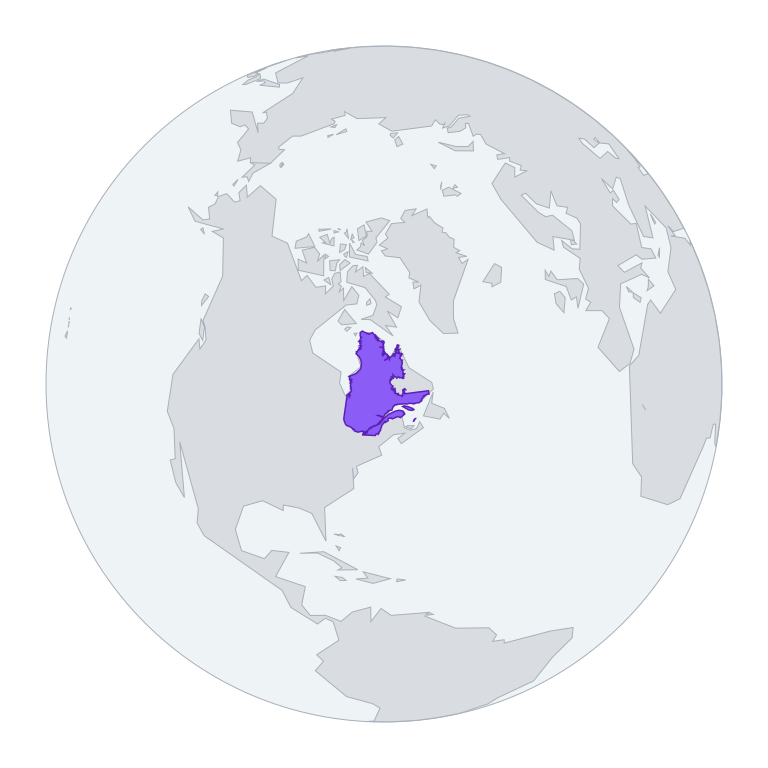 globe centered on Québec
{"feature_id": "CAN-683", "entity_name": "Québec", "entity_type": "Province", "adm_level": 1, "iso_a3": "CAN", "parent_name": "Canada", "parent_adm1": "", "projection": "orthographic", "projection_center": [-69.443, 53.796], "detail": "fine", "context": "on_globe", "style": "filled", "palette": "violet", "viewbox_px": 768, "rotation_deg": 0, "n_neighbors": 0, "source": "natural_earth", "source_scale": "10m", "svg_char_len": 16164}
<svg xmlns="http://www.w3.org/2000/svg" viewBox="0 0 768 768"><circle cx="384" cy="384" r="338" fill="#eef3f6" stroke="#a8b0b8"/><path d="M366.6,721.5L374.1,721.0L380.0,708.1L372.6,703.7L346.6,696.6L315.3,670.7L323.5,661.2L316.7,654.8L338.9,640.2L333.2,621.8L325.4,618.2L317.5,624.0L291.0,607.5L282.1,590.4L204.3,535.8L197.1,523.1L198.3,508.6L179.7,441.7L184.4,497.5L175.7,482.4L170.2,460.0L175.2,458.7L174.0,428.5L167.3,411.3L173.0,374.3L198.9,338.9L199.9,349.1L206.0,340.0L205.1,326.9L203.0,320.5L222.7,276.2L223.4,238.0L212.3,231.4L223.6,229.0L195.0,221.2L188.2,206.9L202.9,219.9L209.7,219.0L208.5,207.3L215.2,203.8L218.5,196.5L226.7,193.7L234.7,202.2L240.1,200.7L238.9,192.6L246.4,185.2L247.3,197.2L260.4,185.7L276.1,199.2L272.0,236.1L287.5,243.2L301.4,280.7L307.1,275.5L315.9,287.3L325.6,285.9L325.4,293.9L333.4,286.0L331.7,279.1L334.6,273.4L340.2,272.1L341.0,281.8L338.3,283.9L341.4,286.1L339.3,291.7L343.5,288.2L343.7,300.6L351.8,286.7L358.9,295.2L356.8,303.9L346.2,305.0L315.1,330.0L309.7,340.2L312.7,353.0L341.1,372.1L339.6,383.1L345.5,396.4L351.3,389.2L348.8,376.3L361.0,366.7L356.4,352.7L360.7,347.0L360.4,332.5L372.0,332.8L383.6,341.3L384.5,353.6L389.6,357.9L398.2,345.0L408.9,367.7L431.8,382.5L433.3,388.9L419.3,402.6L395.5,404.8L377.3,425.0L400.9,410.4L404.3,427.7L409.8,430.2L416.4,428.7L419.7,421.7L423.4,427.6L401.4,443.6L397.8,438.5L404.8,433.2L393.6,434.7L378.8,446.7L381.7,455.2L356.4,466.3L358.1,472.7L353.6,479.0L352.5,467.9L353.9,488.5L324.6,507.5L326.0,541.2L311.8,513.4L299.0,508.0L283.3,505.0L283.2,510.6L262.7,500.7L243.5,506.1L235.3,529.4L241.5,550.6L264.4,558.7L271.8,550.4L288.9,552.4L275.6,576.6L305.3,586.7L301.7,604.8L310.3,615.5L325.4,615.3L341.0,621.4L352.4,612.0L370.7,607.1L370.9,621.6L381.1,608.5L391.2,615.4L427.7,612.5L424.9,616.1L455.6,628.2L488.8,627.8L496.6,634.9L492.6,641.4L504.1,639.7L504.3,643.1L550.0,631.1L573.1,627.5L572.2,637.7L552.4,657.3L533.6,680.9L497.8,697.7L488.1,703.8L459.2,713.4L437.6,717.5L440.8,717.1L416.2,720.4L391.4,721.8L366.6,721.5ZM65.0,336.2L67.6,330.8L66.5,338.1L65.0,336.2ZM68.9,325.0L68.1,327.4L68.7,324.9L68.9,325.0ZM69.2,321.5L69.0,324.0L68.9,321.6L69.2,321.5ZM69.3,317.3L69.4,319.4L69.2,319.3L69.3,317.3ZM323.8,551.7L357.8,569.7L338.1,570.0L341.9,567.7L333.4,560.7L317.3,553.0L300.0,553.3L323.8,551.7ZM70.4,309.5L70.8,307.4L71.2,308.9L70.4,309.5ZM340.0,535.9L334.0,534.1L339.9,534.6L340.0,535.9ZM201.0,318.4L204.4,327.1L202.7,340.5L199.1,333.6L201.0,318.4ZM205.2,293.9L208.6,296.5L201.5,305.5L201.7,301.1L205.2,293.9ZM202.9,227.9L204.4,234.1L200.6,229.4L202.9,227.9ZM217.5,196.0L215.0,195.4L217.8,191.9L217.5,196.0ZM354.0,333.4L357.1,333.0L355.5,335.9L354.0,333.4ZM350.9,327.6L346.8,331.3L344.7,329.1L347.3,326.9L350.9,327.6ZM232.8,184.5L238.1,179.3L234.1,186.0L232.8,184.5ZM356.3,323.6L341.6,324.8L338.0,321.0L344.7,309.5L356.3,323.6ZM242.1,177.2L254.8,165.1L250.2,162.6L270.4,163.3L252.9,173.1L248.7,181.5L247.2,176.8L242.1,177.2ZM328.7,277.5L330.8,284.8L323.9,280.0L328.7,277.5ZM323.6,275.8L298.3,270.2L298.1,259.1L306.6,263.0L302.2,250.1L314.5,247.4L319.7,253.9L317.4,261.5L323.9,254.8L323.6,275.8ZM279.6,166.0L283.8,164.5L280.9,167.7L279.6,166.0ZM335.3,270.8L330.2,270.5L329.6,260.8L339.7,259.7L336.7,263.2L335.3,270.8ZM295.0,248.3L296.3,241.2L306.7,236.9L308.6,233.7L314.8,246.5L295.0,248.3ZM339.6,264.7L344.9,259.5L350.2,263.0L340.2,270.5L339.6,264.7ZM325.2,258.8L325.4,254.2L328.6,256.4L325.2,258.8ZM372.2,273.2L366.1,272.6L365.3,267.5L372.2,273.2ZM346.5,257.4L344.6,256.2L343.6,254.2L348.1,251.7L346.5,257.4ZM321.7,242.8L325.7,242.7L319.7,237.3L327.2,234.3L329.9,243.5L331.9,238.2L334.2,237.3L333.9,245.9L321.7,242.8ZM349.6,243.2L355.6,254.4L367.1,256.5L368.1,261.0L349.5,257.0L349.6,243.2ZM340.4,244.0L346.3,244.5L344.6,249.7L339.5,252.6L340.4,244.0ZM331.3,229.0L319.1,231.3L318.9,229.2L331.3,229.0ZM353.2,242.7L351.7,240.1L354.2,242.3L353.2,242.7ZM338.4,231.9L334.1,233.0L334.0,230.6L338.4,231.9ZM352.2,234.1L354.1,237.6L350.8,239.6L352.2,234.1ZM346.2,232.3L347.1,228.8L348.4,238.2L344.3,233.1L346.2,232.3ZM339.1,229.6L337.6,228.5L340.9,229.5L339.1,229.6ZM364.0,224.9L366.4,236.3L358.9,240.5L357.5,228.8L364.0,224.9ZM307.6,54.8L308.1,54.9L319.0,52.8L317.6,53.6L336.1,50.0L334.9,51.1L349.9,48.3L345.0,48.5L329.1,50.7L337.8,49.2L362.6,46.8L387.5,46.1L412.4,47.3L437.1,50.3L461.6,55.1L485.6,61.7L509.1,70.1L531.9,80.1L553.8,91.9L574.9,105.2L594.9,120.0L613.8,136.2L627.6,150.0L627.5,150.5L634.3,158.0L640.2,166.7L638.2,167.4L643.8,175.5L647.9,173.6L641.3,165.2L629.5,152.4L632.4,154.9L630.9,153.3L646.5,171.2L660.7,190.1L673.6,209.9L685.1,230.6L683.8,228.2L673.3,231.6L669.3,227.0L668.9,226.8L668.3,226.6L675.2,235.5L670.8,236.0L684.7,238.2L690.4,245.1L689.8,240.2L700.1,264.6L708.5,289.7L714.9,315.3L719.2,341.4L721.5,367.8L721.8,394.2L719.9,420.6L716.0,446.8L714.8,443.4L715.5,424.1L713.3,424.2L710.0,438.0L706.5,438.0L703.7,445.4L680.0,498.7L667.7,504.7L640.9,496.3L641.5,476.9L632.7,463.7L629.4,366.0L638.8,355.2L647.7,304.4L650.6,300.0L660.4,313.2L675.8,289.4L667.9,271.8L671.0,247.6L666.1,227.8L645.1,206.0L653.0,237.9L643.6,236.5L628.7,205.0L620.2,178.5L616.2,177.2L612.6,189.0L601.4,178.5L610.2,192.9L613.5,190.3L619.1,199.5L616.5,202.5L612.6,198.5L612.6,205.9L630.9,224.1L636.2,223.4L641.7,247.5L651.0,248.9L655.8,258.1L641.9,259.2L636.2,254.8L617.9,265.6L624.4,272.3L642.1,262.8L640.6,267.9L649.5,277.9L641.6,274.3L620.6,283.9L619.5,307.4L634.0,349.2L630.0,363.4L619.4,371.5L598.0,347.3L609.4,318.6L602.0,310.6L585.9,310.6L590.8,302.2L585.6,299.0L588.6,288.4L579.2,269.1L580.2,258.4L563.5,247.2L561.7,240.5L572.1,248.8L579.8,249.3L580.6,224.1L576.9,218.2L566.0,213.2L567.6,207.3L556.9,205.8L550.9,190.8L549.3,208.1L536.4,203.8L525.7,193.3L521.2,195.2L538.6,212.5L545.8,216.7L552.5,215.2L571.8,230.7L574.4,240.3L552.9,236.6L554.2,250.2L537.0,242.2L500.6,198.9L492.0,183.4L505.3,163.0L514.8,167.7L514.8,177.1L526.8,170.8L520.1,170.1L521.4,165.6L509.5,161.0L509.8,157.6L497.7,159.4L496.8,154.8L504.5,153.7L486.0,144.0L480.7,134.5L476.3,134.1L473.2,136.3L468.4,123.3L465.4,123.5L465.8,127.8L460.1,131.3L448.2,132.7L447.2,128.1L451.4,127.0L458.6,118.2L469.9,116.4L468.3,114.8L458.3,115.2L449.4,125.9L442.5,128.1L445.4,122.2L443.8,124.5L440.0,124.2L435.4,119.8L431.6,126.0L391.8,131.2L378.8,123.9L385.9,117.6L357.0,118.6L344.6,111.6L345.1,115.4L331.5,119.2L335.1,121.4L334.3,123.6L301.1,136.1L292.6,136.1L278.7,147.0L278.9,149.2L284.5,149.8L270.4,163.3L250.2,162.6L250.8,157.7L237.7,161.2L240.9,149.8L237.5,142.5L248.6,129.0L244.9,124.9L240.2,126.8L231.6,123.2L230.5,110.2L252.2,112.0L258.1,132.8L257.5,123.2L263.8,123.1L267.4,118.4L266.5,112.2L262.6,112.9L292.8,93.4L302.9,77.8L287.1,83.1L278.0,82.8L275.6,72.9L308.1,55.9L296.3,57.9L296.1,57.7L299.5,56.8L307.6,54.8ZM642.3,404.4L645.2,409.2L645.2,409.3L642.3,404.4ZM619.0,158.7L608.8,143.9L599.8,143.0L595.1,137.5L593.8,139.5L599.2,143.1L594.0,147.7L584.6,139.1L578.9,138.2L582.1,143.2L600.0,158.4L607.7,151.5L615.8,158.2L619.0,158.7ZM428.8,612.2L433.2,614.4L427.4,615.2L428.8,612.2ZM335.1,576.4L342.4,577.5L346.2,580.4L340.5,580.7L335.1,576.4ZM397.1,578.9L405.6,580.0L396.7,581.7L397.1,578.9ZM363.2,571.8L390.3,578.7L373.0,583.4L356.0,579.0L367.8,578.1L363.2,571.8ZM336.1,545.9L340.6,547.7L339.1,550.8L336.1,545.9ZM344.3,536.4L342.5,536.5L340.3,533.6L344.3,536.4ZM405.5,426.7L407.4,425.7L414.1,425.7L410.9,428.8L405.5,426.7ZM444.4,408.4L449.4,418.4L443.6,413.2L440.0,419.1L423.4,415.9L433.2,392.0L431.7,403.2L444.4,408.4ZM404.0,405.9L413.4,410.1L402.7,406.5L404.0,405.9ZM554.4,293.7L559.8,291.3L565.2,297.5L563.9,312.7L556.1,303.7L554.4,293.7ZM566.2,286.5L545.3,279.5L545.2,270.3L548.8,276.5L550.9,271.1L557.2,279.8L577.6,278.5L583.7,284.1L578.0,308.2L576.5,297.0L571.3,299.9L566.2,286.5ZM491.9,283.3L482.9,281.7L494.5,263.6L501.6,267.3L500.8,282.3L491.9,286.8L491.9,283.3ZM371.0,303.7L366.7,305.3L366.5,302.5L370.0,298.8L371.0,303.7ZM369.4,273.4L389.2,294.2L385.4,297.0L401.5,306.7L397.8,317.8L387.4,311.0L396.6,327.2L385.7,325.6L393.1,336.0L370.4,319.7L361.0,319.3L372.9,315.4L376.7,305.0L375.5,300.5L365.0,287.5L346.7,282.3L347.5,271.7L352.9,265.7L357.4,265.3L355.5,272.1L362.9,266.8L363.6,276.5L369.4,273.4ZM416.1,208.8L411.9,215.6L427.0,209.0L427.8,217.6L429.5,216.3L434.3,222.6L443.1,228.2L441.9,232.2L445.8,232.7L449.1,237.1L454.1,239.2L453.7,247.3L459.8,250.7L456.1,252.7L466.7,256.4L458.6,257.4L462.1,263.5L468.1,259.4L453.4,300.9L453.5,318.5L458.0,333.1L443.5,333.5L429.9,320.5L419.0,301.9L420.9,285.2L414.0,288.8L412.9,282.0L418.8,282.0L409.0,278.0L409.7,272.5L399.9,257.7L385.3,256.0L381.4,250.8L387.5,248.8L379.3,245.1L388.0,237.9L385.4,234.2L391.5,223.6L404.7,222.4L400.7,218.3L405.1,210.5L416.1,208.8ZM366.0,222.0L381.6,217.9L389.7,220.7L375.9,237.9L377.0,242.3L368.4,254.1L356.9,249.9L360.4,246.8L361.2,242.9L364.5,245.8L362.4,240.6L367.1,236.4L366.8,231.3L372.0,231.3L366.0,222.0ZM647.2,290.6L648.3,286.5L648.4,279.3L654.0,285.8L647.2,290.6ZM633.3,297.4L633.2,292.9L641.2,297.8L640.1,302.3L633.3,297.4ZM626.4,286.5L632.6,292.2L628.6,291.8L626.4,286.5ZM571.3,244.7L570.5,240.0L573.1,240.4L576.7,244.0L571.3,244.7ZM461.0,193.4L457.3,196.3L455.4,194.9L443.8,196.2L442.3,190.3L448.7,187.2L461.0,193.4ZM650.3,213.9L655.7,222.4L654.7,224.0L653.1,220.7L650.3,213.9ZM658.0,255.4L659.5,247.7L659.5,257.2L658.0,255.4ZM457.4,187.2L452.8,188.3L454.9,184.7L457.4,187.2ZM440.6,186.1L441.9,181.8L440.7,189.8L440.6,186.1ZM438.2,142.2L456.1,146.5L468.0,146.6L473.1,141.4L473.5,150.9L455.2,150.8L438.2,142.2ZM397.6,132.8L393.2,138.0L390.0,135.1L390.5,133.5L397.6,132.8ZM398.6,136.4L402.8,144.1L397.0,146.6L394.8,140.0L398.6,136.4ZM430.8,164.4L436.2,165.9L434.4,168.7L430.8,164.4ZM276.8,63.5L269.9,65.9L270.2,65.8L276.8,63.5ZM286.3,60.5L280.6,62.4L267.2,67.1L265.5,68.4L255.8,72.9L258.3,73.6L254.1,76.3L247.8,77.4L247.1,75.4L268.5,66.5L279.4,62.7L286.3,60.5ZM259.9,73.8L260.7,78.5L246.3,84.3L242.9,84.5L248.6,79.8L255.8,77.0L259.9,73.8ZM256.6,81.5L263.7,79.1L279.6,84.5L279.4,87.2L259.7,85.2L265.2,82.9L263.9,80.9L256.6,81.5ZM282.4,162.3L283.7,164.3L280.1,164.0L282.4,162.3ZM336.7,124.7L334.9,127.6L330.8,126.9L336.7,124.7ZM327.8,135.5L333.7,134.3L327.9,137.5L327.8,135.5ZM346.8,131.4L336.2,134.7L345.8,128.8L346.8,131.4Z" fill="#d9dde1" stroke="#a8b0b8" stroke-width="1"/><path d="M346.7,398.2L347.3,399.5L346.8,398.0L347.1,394.6L348.3,394.2L348.1,394.9L349.0,395.4L349.0,396.8L349.4,397.2L349.4,395.8L350.2,395.4L349.1,393.6L349.9,393.3L349.8,392.6L351.0,391.8L351.3,391.0L351.8,391.1L351.3,390.9L351.5,389.7L350.7,389.0L351.0,388.9L350.6,387.9L351.2,387.2L350.3,386.3L350.8,384.9L350.2,383.4L350.9,383.1L350.3,382.2L350.7,381.5L351.2,381.7L350.5,380.7L351.1,380.5L350.1,379.9L351.0,379.5L349.9,379.3L350.3,378.9L349.7,378.5L349.4,377.0L349.7,376.9L349.0,376.4L356.1,373.6L360.2,369.5L361.0,367.4L361.4,363.3L360.8,359.9L359.1,356.6L356.1,353.7L356.5,353.3L356.4,351.8L357.1,352.1L357.9,350.5L359.4,349.6L358.7,349.4L359.3,348.7L359.3,347.7L359.9,347.9L360.2,348.6L360.6,348.7L360.0,347.6L360.8,347.4L360.5,346.6L361.3,345.9L360.0,345.7L360.7,345.4L359.9,343.7L361.0,343.0L359.8,342.3L360.9,341.2L358.9,341.3L360.6,339.1L360.6,337.6L361.5,337.2L360.2,336.0L360.2,332.6L362.3,331.1L367.2,333.5L366.3,334.0L367.9,333.3L369.9,334.6L369.4,334.0L372.5,332.6L374.3,334.8L375.2,334.9L375.2,335.7L374.7,336.5L375.2,336.7L375.2,335.9L376.3,336.3L376.5,336.8L376.2,337.1L376.9,337.5L376.6,337.9L376.2,337.9L376.0,338.1L376.9,338.0L377.0,337.3L378.0,337.9L377.1,339.0L378.0,339.1L377.3,339.4L377.7,339.6L377.5,339.8L377.9,340.6L378.2,340.2L380.9,341.5L382.0,341.1L382.0,342.3L382.6,342.7L383.4,342.3L383.4,341.2L383.7,341.2L384.2,342.8L383.2,343.5L383.4,344.2L382.9,344.4L383.5,346.2L383.5,347.0L382.9,347.1L382.9,347.5L379.3,347.0L383.1,347.7L383.6,348.3L383.4,349.2L383.8,349.5L383.1,350.3L383.4,351.1L383.1,351.5L384.1,351.2L384.6,351.9L383.7,352.4L384.3,352.8L383.8,352.9L384.0,354.0L383.3,354.6L382.7,353.0L382.9,354.4L381.5,354.7L382.5,354.6L382.9,355.7L384.2,354.1L386.0,353.8L387.2,354.4L387.4,355.7L387.9,356.0L387.4,358.5L385.5,359.5L384.2,360.6L387.2,359.0L387.5,358.5L387.9,356.3L388.4,355.8L388.9,357.4L388.1,358.7L388.9,357.8L389.3,356.4L389.6,357.8L389.3,359.4L389.4,359.6L389.8,357.8L391.7,356.2L392.7,356.1L392.7,355.1L393.3,354.0L394.7,355.3L394.5,357.0L395.1,355.5L394.2,354.4L395.1,353.9L394.5,353.6L396.5,352.7L395.3,352.1L395.2,351.5L395.9,351.5L395.7,350.8L396.3,351.3L395.6,350.1L397.4,350.7L396.1,350.0L395.6,348.7L396.2,348.0L396.9,348.4L397.2,348.4L396.5,347.8L397.4,345.9L397.1,345.5L397.4,344.9L398.3,345.2L397.4,345.5L398.2,346.3L397.4,346.8L398.1,347.5L397.5,349.4L398.2,350.2L399.2,349.8L398.8,350.3L398.8,351.7L399.6,352.7L398.2,352.5L397.9,353.3L399.6,353.5L400.2,354.2L401.3,353.4L402.2,354.0L400.5,354.7L400.5,355.4L401.3,355.8L400.3,356.6L399.6,358.2L400.3,358.4L400.9,359.9L402.4,360.2L401.9,361.1L402.2,362.1L401.8,362.9L402.2,363.0L401.9,365.1L401.2,366.2L402.1,367.7L401.2,367.9L401.5,368.8L402.2,369.0L401.9,369.9L403.7,370.0L402.5,370.8L403.2,372.4L402.9,373.4L404.4,373.7L403.4,374.5L404.2,374.6L403.7,375.4L403.8,376.7L403.0,376.5L402.8,377.5L403.5,378.2L402.9,378.5L401.2,377.5L399.9,377.9L398.7,376.7L396.8,378.2L396.2,377.1L394.8,376.7L393.0,374.7L393.2,377.1L393.6,377.9L393.3,378.3L390.8,376.4L392.0,378.6L391.5,379.8L390.6,379.2L390.6,379.8L389.8,380.2L390.2,381.6L389.7,382.5L391.4,385.2L393.0,386.1L392.6,386.5L392.7,388.1L391.3,388.0L391.6,389.4L392.5,389.3L393.2,390.5L394.0,388.9L394.9,388.4L395.3,390.7L394.9,390.5L395.1,392.2L394.7,392.4L395.1,393.5L395.5,393.4L395.4,392.5L396.5,393.9L397.7,393.6L397.7,394.3L398.3,393.6L399.0,395.2L401.0,395.4L402.0,396.4L402.8,395.4L402.4,394.1L403.1,393.1L402.8,389.9L404.7,388.7L405.7,389.8L403.9,390.2L403.2,391.1L404.5,391.9L405.0,393.4L404.4,393.4L404.7,393.8L428.5,390.7L429.0,394.1L426.9,394.1L425.8,395.3L423.7,395.8L423.8,396.6L422.5,397.6L422.7,399.0L422.3,398.3L421.3,399.8L421.4,400.5L419.0,402.8L416.5,402.8L413.1,404.2L413.6,403.6L409.3,403.3L406.7,404.1L405.2,403.7L397.1,404.3L396.7,404.9L395.2,404.6L394.9,405.0L395.4,405.2L394.6,405.1L392.8,407.2L391.9,410.1L389.3,410.5L388.1,411.8L387.9,411.9L388.1,411.5L388.0,411.1L387.8,411.1L387.1,412.7L385.5,413.6L383.1,417.2L380.4,415.9L378.0,415.3L377.6,415.4L382.8,417.4L382.1,419.4L380.8,421.1L379.8,421.4L378.8,423.4L377.9,423.8L376.3,425.4L374.1,425.6L369.5,428.2L369.4,428.8L368.8,429.0L367.7,430.8L366.2,431.2L365.3,432.2L363.6,431.7L365.3,433.0L364.5,433.2L363.7,433.7L363.1,433.1L363.6,431.6L362.6,431.1L357.8,432.2L356.4,431.3L355.5,431.5L354.3,430.8L353.8,428.9L352.9,429.4L351.3,427.3L346.5,425.4L345.5,424.1L344.1,420.7L343.8,418.5L346.7,398.2ZM375.4,435.5L362.1,434.9L367.1,432.7L367.5,431.1L368.8,429.1L370.6,428.5L372.9,426.5L374.2,425.8L374.8,426.0L376.5,425.4L377.1,424.8L377.8,424.7L379.6,423.9L384.0,418.2L388.8,414.3L394.9,411.3L398.9,410.3L402.6,410.9L404.5,412.8L402.9,412.3L404.5,413.6L404.1,414.1L404.5,414.3L400.4,417.6L397.9,416.5L392.2,418.9L391.2,418.0L388.2,418.5L388.1,420.8L385.5,422.3L385.6,421.5L384.8,421.3L381.7,425.7L381.4,427.4L380.6,428.6L380.6,430.3L378.9,432.3L379.0,433.2L378.3,433.1L378.0,434.2L377.6,433.6L376.2,433.9L375.4,435.5ZM408.4,409.8L402.7,406.5L404.1,405.9L408.0,406.6L413.0,408.6L413.9,409.7L411.7,410.4L408.4,409.8ZM367.3,431.1L366.9,432.6L365.3,432.5L366.5,431.9L367.3,431.1ZM385.0,352.6L384.7,353.6L384.2,353.6L384.5,352.9L384.3,352.5L385.0,352.6ZM414.8,419.1L414.6,419.5L414.2,419.9L414.5,419.8L414.8,419.1L415.1,419.0L413.8,420.8L414.5,420.9L413.7,421.1L413.9,420.0L415.2,418.6L415.9,418.4L414.8,419.1ZM378.2,423.8L378.2,424.3L377.2,424.6L378.2,423.8ZM365.8,431.9L366.3,431.3L367.0,431.1L366.4,431.9L365.8,431.9ZM389.6,356.8L389.9,357.4L389.6,357.4L389.6,356.8ZM364.6,433.2L365.5,433.1L364.4,433.4L364.6,433.2ZM424.1,396.5L424.5,396.3L423.8,396.9L424.1,396.5ZM424.5,395.8L424.3,396.1L423.9,396.0L424.2,395.7L424.5,395.8ZM382.6,341.5L382.5,342.0L382.4,342.0L382.4,341.6L382.6,341.5ZM385.2,353.3L385.4,353.4L385.0,353.6L385.2,353.3ZM421.7,400.5L421.5,399.9L421.8,400.3L421.7,400.5ZM376.5,336.3L376.9,336.4L377.0,336.5L376.5,336.3ZM365.5,432.7L365.7,432.9L365.2,432.7L365.5,432.7ZM380.1,421.6L380.5,421.5L380.0,421.8L380.1,421.6ZM377.9,339.8L378.2,339.6L378.2,339.8L377.9,339.8ZM424.6,395.9L424.7,396.1L424.6,395.9ZM375.7,335.4L375.9,335.4L376.0,335.5L375.7,335.4Z" fill="#8b5cf6" stroke="#5b21b6" stroke-width="1.5"/></svg>